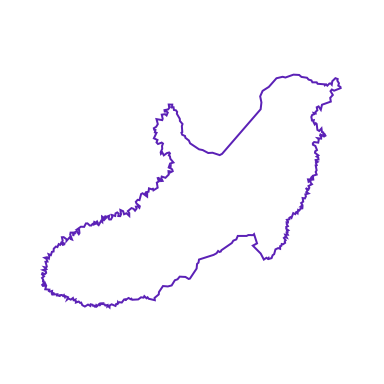 Paragominas, Pará, Brazil (Natural Earth projection), rotated 354°
{"feature_id": "56859067B66130405512387", "entity_name": "Paragominas", "entity_type": "district", "adm_level": 2, "iso_a3": "BRA", "parent_name": "Brazil", "parent_adm1": "Pará", "projection": "natural_earth1", "projection_center": [-47.632, -3.124], "detail": "fine", "context": "isolated", "style": "outline", "palette": "violet", "viewbox_px": 384, "rotation_deg": 354, "n_neighbors": 0, "source": "geoboundaries", "source_scale": "gbopen_adm2", "svg_char_len": 6003}
<svg xmlns="http://www.w3.org/2000/svg" viewBox="0 0 384 384"><g transform="rotate(354 192 192)"><path d="M143.7,295.7L143.7,293.4L148.2,290.4L148.7,288.0L153.3,282.5L158.1,283.4L162.0,282.8L165.7,278.0L168.5,277.3L170.9,274.9L176.6,275.8L179.6,278.1L180.9,277.9L188.6,268.6L189.5,264.1L191.1,262.9L191.9,259.9L206.9,256.8L210.0,255.5L211.8,253.4L213.0,254.5L214.4,254.2L215.1,253.0L226.3,246.9L228.0,244.7L231.1,243.8L232.9,240.5L241.7,241.4L243.6,240.7L248.2,241.3L249.3,240.4L251.3,249.9L246.9,251.7L253.9,260.4L256.4,266.7L259.1,265.2L260.3,266.3L261.2,265.6L261.3,266.6L264.2,266.1L265.6,263.3L267.2,262.4L269.0,257.8L271.8,256.8L273.7,257.7L274.0,255.1L275.2,254.9L275.8,253.1L277.0,253.5L279.3,252.3L279.1,250.6L280.1,249.8L278.6,247.3L280.0,246.4L281.4,247.2L280.2,244.1L282.8,244.5L281.9,242.0L282.9,241.7L282.5,240.4L283.7,240.1L281.9,238.4L282.1,236.5L283.8,236.0L282.9,234.1L282.9,232.1L284.2,232.4L284.4,231.6L283.5,229.6L286.0,229.3L286.1,227.9L287.3,227.3L288.2,228.2L290.5,223.6L292.4,224.8L293.5,223.1L293.1,222.2L294.8,224.2L295.7,220.9L296.8,221.6L298.2,219.9L300.0,219.8L300.3,218.4L298.6,217.9L300.5,216.6L299.4,214.4L301.6,213.2L301.4,209.6L303.6,210.2L304.8,208.3L304.5,206.2L307.7,205.6L305.7,204.0L307.2,202.4L305.5,200.0L308.1,201.7L309.1,200.1L308.5,198.2L312.1,196.8L310.9,195.0L311.0,192.6L309.0,193.9L308.7,191.6L310.8,191.9L312.4,189.8L313.2,190.6L312.8,192.3L313.9,192.3L313.9,188.5L317.8,187.7L317.1,185.0L318.2,183.4L317.8,178.5L318.8,178.4L318.3,176.0L320.0,175.2L318.4,174.2L318.3,173.1L321.2,172.9L321.1,170.8L319.7,169.8L321.5,168.8L318.4,165.9L318.8,164.4L320.7,163.4L319.5,159.1L317.2,157.6L317.3,156.2L318.7,155.1L322.7,156.1L323.6,153.0L322.5,151.6L326.0,152.4L326.3,150.6L325.3,149.2L325.8,148.2L329.1,150.6L330.6,149.9L329.8,148.1L328.7,148.5L328.7,146.4L327.5,145.9L327.4,142.3L324.9,144.6L323.2,143.3L323.1,137.4L322.3,136.5L321.1,137.6L320.1,134.9L320.6,133.3L318.1,133.6L318.9,133.1L318.5,129.9L319.5,128.0L321.6,127.4L321.2,126.1L323.2,126.8L323.3,125.1L325.2,123.9L324.9,120.8L326.8,120.1L328.7,123.7L330.4,118.8L339.5,116.6L339.3,112.8L342.2,110.2L340.3,106.2L341.8,104.7L343.9,106.1L350.7,104.2L350.6,103.0L348.6,101.5L349.5,99.2L348.2,96.5L348.7,94.9L346.5,93.8L343.1,96.5L342.2,99.9L341.2,98.5L340.0,98.5L337.7,100.4L336.5,98.9L335.2,99.8L334.8,98.7L328.2,97.5L327.5,96.0L323.2,95.5L322.4,93.5L319.7,92.4L318.3,90.4L312.9,89.0L310.8,86.8L305.2,85.9L296.9,87.9L294.2,86.9L287.9,87.7L279.4,95.5L272.8,98.8L269.8,104.0L270.4,110.2L268.9,116.9L225.9,157.2L223.4,158.2L216.5,155.1L212.2,154.9L207.0,151.4L203.5,150.3L195.2,143.4L194.3,140.5L191.1,137.4L190.9,135.6L188.2,134.0L187.7,131.9L188.6,131.4L188.8,125.4L189.7,123.4L187.4,120.1L187.5,117.9L185.1,112.6L185.6,110.8L184.6,109.1L182.6,108.5L182.5,105.8L181.0,105.8L181.5,103.0L178.0,102.6L178.1,105.0L178.9,105.3L176.8,107.4L173.2,107.7L173.3,109.1L175.2,109.3L176.2,110.5L174.7,113.2L173.3,111.8L170.0,111.9L170.5,116.1L169.9,117.4L164.3,115.8L165.1,120.9L163.2,123.4L160.7,124.6L160.9,126.1L162.1,126.5L161.3,128.8L162.9,129.4L159.7,134.6L163.1,136.7L161.9,139.0L163.2,140.7L167.0,139.7L168.2,140.8L167.0,143.1L166.9,146.0L165.0,149.2L165.1,150.8L166.6,149.6L167.8,152.6L171.1,150.7L173.4,150.3L174.1,151.3L172.8,153.1L173.8,154.2L173.9,156.6L176.6,160.7L173.2,161.4L171.4,165.2L172.0,165.6L173.4,164.4L173.1,166.1L174.6,167.4L175.0,169.3L172.1,170.4L172.1,169.1L170.8,168.8L170.7,172.2L167.1,175.1L163.5,173.5L162.9,175.1L163.9,177.9L162.2,177.9L160.3,174.5L159.4,174.6L160.1,178.0L158.0,179.0L158.3,184.1L153.8,186.3L153.5,185.0L154.3,184.4L152.2,185.1L149.6,183.9L148.8,187.2L146.2,187.4L145.1,188.8L147.3,188.7L146.9,191.9L142.7,188.1L141.2,188.7L138.9,194.6L137.1,194.1L135.1,195.9L135.6,197.7L138.6,200.7L138.0,202.2L136.7,200.6L134.7,200.7L135.2,202.7L133.4,204.6L132.1,202.6L130.1,201.7L126.2,204.3L127.4,206.4L127.1,209.2L124.6,206.3L122.1,207.0L121.5,203.9L118.9,202.4L119.1,206.7L118.1,208.5L116.2,208.2L116.8,205.8L115.5,204.5L113.7,205.3L113.1,207.8L109.9,206.5L110.1,208.5L108.6,210.8L106.9,210.7L106.3,209.5L107.2,206.9L104.6,207.7L103.2,207.1L102.5,208.0L103.8,208.8L101.5,210.8L101.0,210.3L101.5,208.2L100.0,207.0L99.6,212.4L98.6,211.2L95.7,215.2L94.1,213.6L95.0,212.6L94.5,211.4L93.3,212.5L91.7,211.5L91.1,213.1L92.4,212.8L92.2,213.7L90.6,214.2L89.7,213.4L88.3,214.8L86.8,214.6L84.8,212.3L83.2,212.2L81.1,215.4L77.9,214.9L73.8,217.2L75.8,217.8L75.8,221.1L75.0,222.1L73.2,218.9L70.2,220.3L70.9,221.0L70.0,221.2L69.4,223.4L69.4,219.9L67.0,219.7L66.4,221.7L67.7,226.7L66.5,226.1L65.8,224.1L62.1,227.5L62.4,226.0L59.7,223.5L57.9,223.4L58.3,227.0L57.3,228.5L59.6,229.8L59.5,230.7L58.0,231.1L56.5,229.0L55.3,230.8L54.0,229.9L52.4,232.7L51.0,232.0L48.6,233.9L48.1,236.7L46.4,236.9L45.1,240.0L42.9,238.9L43.4,240.9L42.7,243.3L41.0,241.7L38.6,242.0L40.3,243.3L41.0,246.1L39.0,246.1L39.8,251.0L39.0,251.9L37.4,251.4L39.0,253.5L35.7,254.0L38.3,255.5L38.5,257.2L37.1,258.3L34.8,257.0L34.2,258.1L36.0,260.4L33.9,261.8L34.8,263.5L34.4,265.5L35.7,266.9L33.3,268.7L33.9,269.8L35.9,269.8L36.4,267.6L37.2,269.9L35.9,273.4L39.9,274.2L39.3,275.5L40.2,276.2L42.5,275.8L42.2,277.3L43.4,278.0L42.0,278.7L42.3,279.4L47.4,279.6L47.0,280.8L49.4,281.0L49.3,282.4L50.0,280.8L51.8,280.8L52.9,282.0L53.9,281.1L54.7,283.3L55.3,282.4L57.7,283.7L56.6,285.9L58.0,285.0L60.2,286.4L62.5,285.0L62.9,287.2L64.7,286.8L64.2,287.7L65.3,288.5L65.0,289.8L67.9,289.1L69.1,290.6L70.2,290.4L71.1,293.1L73.5,294.7L76.8,293.1L79.0,294.7L79.5,293.1L81.4,293.8L81.8,294.9L84.2,294.9L83.7,295.9L84.6,296.1L85.1,294.6L85.9,295.5L87.6,294.0L88.5,295.0L89.1,294.5L88.1,293.8L88.9,293.2L90.9,293.3L90.2,293.8L93.3,294.6L93.9,295.8L96.2,295.5L95.9,297.0L96.6,296.6L97.9,298.1L98.2,296.3L100.3,295.3L104.0,297.3L104.9,295.5L106.2,295.7L106.8,293.9L107.2,294.7L108.2,294.0L110.6,294.6L113.2,291.8L114.4,291.7L114.9,293.2L115.1,292.1L117.9,290.8L119.7,292.2L120.6,291.8L121.2,292.9L127.3,293.2L130.3,291.4L132.8,292.0L133.7,290.6L135.6,292.9L136.8,292.1L137.7,293.6L143.7,295.7Z" fill="none" stroke="#5b21b6" stroke-width="2"/></g></svg>